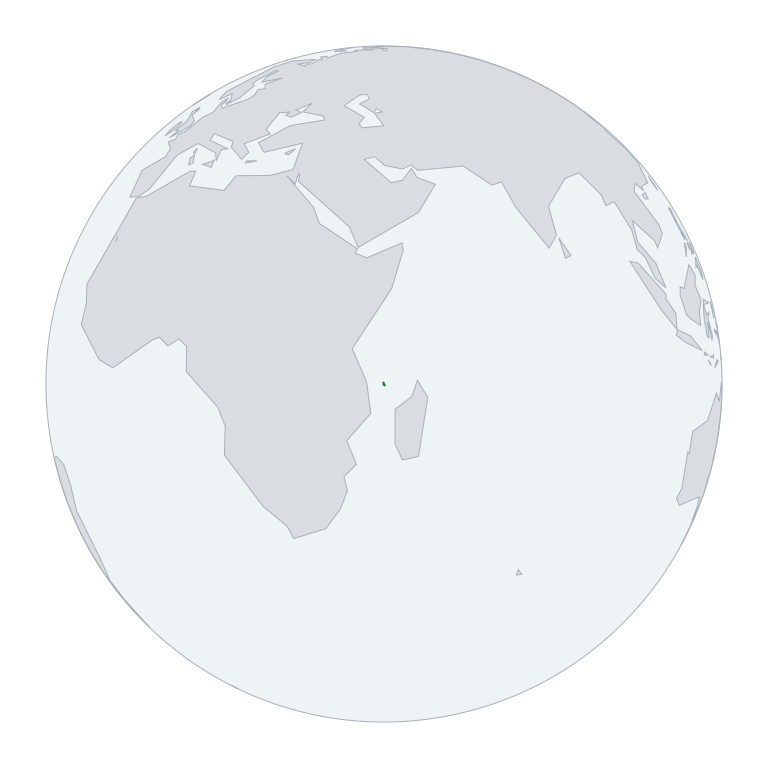 Andjazîdja highlighted on a globe, orthographic projection, rotated 349°
{"feature_id": "COM-4935", "entity_name": "Andjazîdja", "entity_type": "state/province", "adm_level": 1, "iso_a3": "COM", "parent_name": "Comoros", "parent_adm1": "", "projection": "orthographic", "projection_center": [43.361, -11.647], "detail": "fine", "context": "on_globe", "style": "filled", "palette": "green", "viewbox_px": 768, "rotation_deg": 349, "n_neighbors": 0, "source": "natural_earth", "source_scale": "10m", "svg_char_len": 6307}
<svg xmlns="http://www.w3.org/2000/svg" viewBox="0 0 768 768"><g transform="rotate(349 384 384)"><circle cx="384" cy="384" r="338" fill="#eef3f6" stroke="#a8b0b8"/><path d="M46.2,393.3L48.8,392.7L54.3,402.1L57.0,422.3L58.0,449.6L72.1,501.4L77.5,524.4L87.7,545.2L107.3,578.0L107.7,578.5L94.2,557.8L82.2,536.1L71.9,513.6L63.3,490.4L56.4,466.7L51.2,442.5L47.8,418.0L46.2,393.3ZM182.0,654.9L176.4,650.4L177.8,651.4L182.0,654.7L182.0,654.9ZM641.7,165.4L641.0,164.9L633.9,156.6L636.6,160.8L643.8,169.2L647.3,172.4L652.6,180.9L665.8,198.6L675.6,215.3L681.2,237.0L674.5,238.9L675.8,244.0L668.9,234.9L666.2,242.5L684.2,280.1L685.9,289.7L678.5,302.6L677.1,295.1L658.9,270.9L660.1,293.1L674.1,317.8L679.1,343.3L670.3,332.0L664.7,309.5L658.2,300.3L656.6,280.4L644.9,249.1L635.8,251.1L633.3,239.7L615.8,213.9L600.9,216.8L579.4,240.9L581.7,270.6L572.0,282.2L547.3,236.1L537.9,208.1L527.9,209.3L503.3,185.2L457.8,180.7L452.3,173.9L443.5,176.6L426.4,169.6L418.4,159.2L407.5,159.7L429.3,187.6L441.0,187.6L452.1,177.3L455.8,187.6L472.5,197.8L450.6,222.2L384.7,245.0L380.0,223.2L338.7,168.8L341.0,162.9L340.8,162.3L340.4,161.1L334.9,170.8L328.4,161.2L348.6,197.2L351.2,214.0L383.8,246.4L380.3,249.9L391.3,256.9L428.6,248.9L428.4,256.4L409.7,291.8L359.6,343.2L367.3,378.9L365.5,410.3L336.6,432.5L341.6,457.6L327.0,467.3L327.7,481.9L317.4,498.3L299.3,514.9L265.9,518.5L261.8,505.2L242.1,481.2L213.8,423.4L220.1,395.1L216.3,374.9L192.3,334.2L197.4,309.5L191.5,300.7L179.0,305.4L172.5,295.2L165.1,296.5L120.9,316.4L108.9,305.7L98.2,267.8L107.2,248.2L111.5,229.3L176.1,154.5L186.9,154.3L234.4,138.2L239.8,139.2L230.9,152.4L264.0,163.5L278.5,151.3L311.6,157.5L335.7,156.0L350.0,132.1L310.6,133.7L306.9,123.3L341.1,112.5L376.0,113.5L375.7,109.6L356.3,101.3L367.0,94.7L349.9,98.2L354.8,101.7L344.2,104.5L339.0,101.5L343.0,99.0L333.3,97.8L316.7,111.7L320.0,116.8L292.7,121.4L295.5,130.8L287.1,136.3L279.3,122.6L282.1,117.2L265.3,105.8L259.8,111.6L275.4,123.2L269.3,122.8L262.0,132.5L262.8,124.9L247.3,112.4L224.5,119.9L190.7,148.0L178.4,153.3L170.2,152.0L187.4,128.0L212.9,119.2L219.4,112.1L218.3,105.3L226.2,103.7L228.9,100.3L239.0,97.5L257.2,87.4L268.1,84.7L279.2,75.7L286.3,73.5L277.7,79.2L277.5,82.4L305.0,78.5L311.4,76.2L316.5,71.0L323.4,71.3L324.7,66.9L342.5,64.3L322.0,64.4L327.3,60.1L340.1,56.5L338.2,55.5L317.4,61.6L312.3,64.2L313.9,66.2L297.0,75.5L286.8,78.3L290.5,69.9L276.3,73.4L285.4,66.7L336.3,51.9L355.4,49.5L378.8,52.2L372.1,54.0L360.3,53.6L367.5,57.0L368.7,55.2L374.4,55.9L381.0,53.3L385.4,53.8L384.2,51.0L390.3,51.4L391.0,53.1L405.9,51.1L419.7,52.3L421.0,51.8L418.4,50.8L437.6,53.9L437.7,53.4L431.4,52.1L427.5,50.7L428.1,49.6L434.7,50.7L435.4,51.2L446.8,54.6L447.5,56.7L450.3,57.2L451.2,55.7L437.3,51.4L435.8,50.6L443.5,52.3L440.6,51.6L441.9,51.6L449.4,52.9L441.5,51.1L442.7,51.2L468.1,56.7L493.0,64.2L517.3,73.5L540.8,84.7L563.3,97.6L584.8,112.2L605.1,128.5L624.1,146.2L641.7,165.4ZM150.6,187.6L148.1,193.1L150.6,187.6ZM411.2,128.4L433.3,130.5L426.4,116.5L434.3,116.6L429.1,112.2L425.8,115.6L413.4,104.4L424.0,101.6L422.9,96.5L415.4,95.7L397.9,103.1L415.6,118.5L409.2,123.6L411.2,128.4ZM234.0,87.9L236.0,88.4L230.2,92.5L216.4,98.7L224.8,92.5L234.0,87.9ZM240.3,88.6L247.9,80.1L256.7,76.9L250.5,79.9L255.6,78.7L246.9,83.4L248.0,89.7L242.8,94.0L220.3,101.3L230.5,96.1L227.8,95.5L240.3,88.6ZM263.2,68.4L269.7,66.1L264.8,68.1L250.8,73.5L248.9,74.3L263.2,68.4ZM247.9,133.6L252.5,133.4L260.0,131.8L255.6,138.4L247.9,133.6ZM236.9,125.0L241.3,123.5L238.7,130.9L234.0,131.6L236.9,125.0ZM245.9,116.9L241.7,122.8L241.2,120.0L245.9,116.9ZM282.0,78.0L287.0,76.7L286.6,77.7L282.9,79.9L282.0,78.0ZM351.3,47.7L349.9,47.8L349.3,47.9L351.3,47.7ZM342.1,136.2L333.9,140.9L330.8,138.9L334.2,137.6L342.1,136.2ZM291.7,138.7L302.2,140.8L290.3,140.5L291.7,138.7ZM359.5,47.0L357.8,47.1L359.5,47.0ZM480.4,591.7L482.9,597.1L477.6,596.9L480.4,591.7ZM424.4,405.6L404.0,461.8L387.6,462.0L383.4,445.1L390.1,410.9L408.8,401.6L417.6,386.7L424.4,405.6ZM706.8,422.2L708.8,426.7L708.5,428.1L706.8,422.2ZM704.8,413.8L707.8,417.5L703.8,416.7L704.8,413.8ZM708.8,419.0L711.7,419.4L713.0,418.3L712.4,421.4L708.8,419.0ZM702.6,411.7L687.2,400.1L680.2,391.7L682.7,386.9L694.0,395.2L702.6,411.7ZM682.1,386.4L670.3,364.1L648.8,310.5L656.7,313.9L678.0,349.8L676.9,354.1L684.0,370.5L682.1,386.4ZM707.4,372.9L706.0,387.0L698.3,379.4L694.3,374.2L691.7,353.4L693.2,345.0L696.7,347.6L706.1,325.1L710.2,336.2L708.2,346.5L711.3,361.9L707.4,372.9ZM583.4,273.7L592.0,293.4L586.2,295.4L583.4,273.7ZM706.8,307.5L705.1,317.0L705.7,302.7L706.8,307.5ZM705.3,293.1L706.9,300.1L704.2,292.0L705.3,293.1ZM678.6,252.7L675.1,251.9L673.5,247.3L677.1,245.8L678.6,252.7ZM683.0,229.9L688.5,242.5L689.8,246.4L685.5,237.4L683.0,229.9ZM417.8,47.8L407.8,47.6L405.4,48.4L411.3,49.8L398.7,48.4L402.5,47.0L417.8,47.8ZM712.8,462.1L710.2,472.1L708.8,477.3L700.0,503.7L689.1,529.2L676.2,553.8L661.2,577.2L644.4,599.3L648.1,594.7L661.9,575.7L659.4,578.4L666.9,568.2L660.9,575.9L668.6,563.3L672.0,554.8L650.7,559.4L649.3,552.3L656.6,543.0L669.1,508.7L670.2,510.6L678.1,489.4L694.6,481.6L708.6,456.5L709.8,465.2L715.5,446.7L714.5,454.2L712.8,462.1ZM711.6,431.3L715.5,423.8L716.5,425.2L711.6,431.3ZM720.9,410.8L721.0,407.3L721.4,398.7L721.7,397.2L721.5,386.0L721.9,388.8L720.9,410.8ZM719.8,421.8L719.4,424.7L720.0,420.3L719.9,421.3L719.8,421.8ZM719.3,394.5L719.0,398.2L718.6,393.6L719.3,394.5ZM720.1,394.2L720.8,403.3L719.8,397.1L720.1,394.2ZM713.0,367.1L713.9,377.5L716.7,375.7L714.5,381.0L715.5,399.0L714.4,403.9L713.7,384.6L711.8,400.7L710.4,398.6L710.6,383.0L712.5,367.1L713.9,361.7L718.4,366.2L713.0,367.1ZM720.5,382.9L720.0,371.1L720.2,365.0L720.7,371.9L720.5,382.9ZM717.1,342.4L713.9,327.4L712.6,329.1L713.8,318.6L716.9,334.5L717.1,342.4ZM712.1,314.0L711.0,315.4L711.1,308.7L712.1,314.0ZM709.8,310.8L708.1,302.5L709.8,305.7L709.8,310.8ZM712.9,315.8L710.5,302.7L712.8,311.8L712.9,315.8ZM703.3,284.1L709.5,301.4L704.0,290.1L696.7,264.8L698.5,266.6L703.3,284.1Z" fill="#d9dde1" stroke="#a8b0b8" stroke-width="1"/><path d="M384.6,385.0L384.8,385.3L384.7,385.5L384.4,385.7L384.1,385.3L384.0,385.2L383.7,385.2L383.4,385.0L383.4,384.9L383.2,384.7L383.2,384.4L383.3,384.2L383.4,382.9L383.4,382.7L383.5,382.5L383.5,382.4L383.8,382.3L384.0,382.3L384.2,382.5L384.1,383.8L384.1,384.0L384.4,384.4L384.5,384.6L384.5,384.8L384.6,385.0L384.6,385.0Z" fill="#22c55e" stroke="#15803d" stroke-width="1.5"/></g></svg>